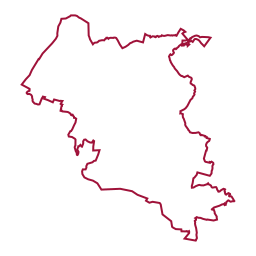 Sieu-Magherus, Bistrita-Nasaud, Romania (Mercator projection)
{"feature_id": "2599482B89364965460563", "entity_name": "Sieu-Magherus", "entity_type": "district", "adm_level": 2, "iso_a3": "ROU", "parent_name": "Romania", "parent_adm1": "Bistrita-Nasaud", "projection": "mercator", "projection_center": [24.401, 47.084], "detail": "fine", "context": "isolated", "style": "outline", "palette": "rose", "viewbox_px": 256, "rotation_deg": 0, "n_neighbors": 0, "source": "geoboundaries", "source_scale": "gbopen_adm2", "svg_char_len": 5754}
<svg xmlns="http://www.w3.org/2000/svg" viewBox="0 0 256 256"><path d="M181.3,229.4L181.5,231.3L185.5,231.4L186.5,231.1L187.1,231.2L187.4,231.7L188.2,231.6L189.0,231.1L189.2,231.7L189.1,233.1L184.6,238.6L195.7,240.6L195.9,240.5L196.0,239.6L196.7,238.7L196.9,238.0L196.4,234.8L196.8,232.7L196.1,228.0L195.3,225.3L195.0,223.5L195.2,222.2L194.8,221.1L194.8,220.7L195.8,220.1L196.0,219.7L196.0,218.6L195.3,218.1L196.8,217.1L198.0,217.7L200.6,217.9L203.1,218.9L206.8,219.8L207.2,219.5L213.6,220.5L217.0,219.6L216.7,217.8L216.7,216.5L214.7,213.3L214.7,212.2L213.8,209.7L212.1,209.6L211.9,209.3L214.0,207.5L219.5,205.7L222.3,204.3L223.0,204.3L223.9,203.9L224.4,204.4L224.7,205.1L225.8,204.7L225.4,203.4L225.9,203.5L226.2,203.2L226.4,202.0L228.2,200.4L228.6,200.4L230.1,201.5L230.7,201.7L232.7,201.2L234.0,201.3L234.3,201.0L233.8,200.4L233.5,199.6L231.6,196.6L231.1,196.3L229.5,196.4L229.1,196.1L229.1,195.7L229.3,194.9L230.1,194.3L230.0,193.9L228.5,193.1L227.3,193.7L226.3,194.6L225.6,194.4L224.9,192.8L225.0,191.9L224.5,191.0L224.7,190.1L225.1,189.4L224.8,189.2L223.5,188.8L221.2,190.1L219.6,191.5L218.6,191.7L218.2,191.5L218.1,190.8L217.3,189.9L216.6,187.8L216.1,187.1L215.3,187.1L212.6,187.6L212.0,187.4L211.5,186.9L211.0,185.6L209.2,184.4L208.3,184.3L208.0,183.4L206.9,184.3L203.5,185.4L201.0,185.3L199.4,184.9L198.4,185.1L195.7,186.2L193.6,187.5L191.9,187.7L191.8,186.0L192.6,183.3L193.4,178.3L194.4,177.6L196.7,174.8L197.4,172.4L209.8,175.8L211.5,173.5L211.7,170.8L212.2,169.8L212.5,168.2L212.4,166.0L212.9,164.9L213.4,164.4L213.4,163.9L213.2,162.8L211.6,161.7L211.2,162.1L209.8,161.9L209.8,162.8L205.5,161.8L204.9,161.3L203.9,158.6L206.1,150.5L206.6,150.5L207.2,148.0L207.2,147.5L206.2,146.3L206.1,145.8L206.1,144.5L206.7,143.1L207.5,142.1L209.2,140.9L209.7,139.6L209.8,138.9L206.7,138.0L206.9,137.2L205.0,136.6L205.2,136.0L201.2,134.8L201.1,135.2L200.7,135.2L200.1,134.5L199.6,133.1L198.5,132.3L195.7,132.9L192.5,133.0L190.0,132.3L189.1,130.6L188.4,130.1L188.1,129.3L185.6,125.8L185.2,124.8L185.3,123.2L183.7,118.6L183.1,117.7L182.9,117.2L182.7,115.1L182.9,114.2L180.9,113.3L180.3,113.4L180.5,112.0L180.4,111.2L184.2,109.3L185.7,108.1L187.4,105.9L190.5,99.9L192.3,98.3L192.9,96.6L193.9,95.5L194.5,94.5L194.1,93.3L195.1,91.6L194.4,90.4L195.2,89.4L195.3,88.7L195.1,87.6L194.4,85.8L193.8,85.3L192.7,85.0L191.5,83.9L190.7,83.5L190.6,83.1L190.6,82.2L191.7,79.5L191.8,79.0L191.5,78.1L191.1,77.7L189.0,76.8L187.8,75.6L184.2,77.2L182.1,76.0L181.4,76.0L179.7,74.7L178.7,73.5L177.2,71.2L174.7,68.4L174.2,67.2L172.8,65.5L170.8,62.2L170.6,61.2L170.0,60.4L169.5,57.8L169.0,56.6L169.7,55.1L170.4,54.3L171.3,55.1L172.2,54.8L173.6,53.4L173.9,52.5L173.3,51.6L173.1,50.6L173.1,50.2L173.8,49.3L174.9,48.6L175.6,48.6L176.0,49.1L176.3,48.9L177.3,47.7L178.3,47.1L179.0,46.0L181.2,44.3L181.5,44.3L181.8,45.6L183.9,45.5L184.2,44.8L185.9,44.3L187.4,45.0L187.8,45.3L187.8,45.8L189.2,44.5L188.7,44.2L188.6,42.5L188.9,41.9L189.7,41.0L190.2,41.4L191.2,40.9L192.7,41.9L194.3,39.5L195.0,39.0L195.7,39.0L196.5,39.1L198.3,39.9L199.4,40.8L201.3,43.4L201.8,43.8L204.2,46.3L210.5,37.7L208.3,37.2L202.0,36.9L200.0,37.3L198.8,36.2L197.4,35.7L196.4,35.5L195.0,35.8L192.1,37.1L190.8,38.7L190.3,38.3L188.3,40.8L187.7,42.6L182.6,44.4L181.9,43.9L182.3,43.3L182.5,40.5L185.6,40.5L187.7,39.8L182.4,33.6L183.5,32.6L185.3,31.8L183.7,30.4L180.7,28.8L178.5,32.2L176.5,35.8L176.1,35.7L175.4,35.0L174.8,35.3L172.9,35.3L172.3,35.6L171.5,35.3L170.7,35.5L167.7,35.1L164.6,35.9L162.9,35.8L161.8,35.3L161.1,36.2L159.7,36.3L158.8,36.9L157.7,35.9L156.5,36.2L156.3,36.7L155.6,37.2L154.8,36.9L154.6,36.5L152.5,36.3L150.4,37.5L150.2,37.3L150.3,36.7L150.0,35.8L148.8,35.8L147.0,35.2L145.2,34.0L143.0,42.4L136.8,40.7L134.9,41.2L133.2,41.7L131.7,42.6L130.1,43.2L128.3,44.9L125.5,46.8L122.4,48.2L119.9,44.6L117.7,40.3L116.2,38.0L115.1,37.6L113.9,37.6L113.5,37.9L110.5,37.8L109.2,38.1L108.7,38.6L108.5,38.2L107.7,38.4L107.4,38.3L107.1,37.7L106.3,37.8L106.2,38.4L105.8,38.8L104.9,39.2L104.3,40.3L102.0,40.2L99.1,40.8L97.8,42.0L96.9,42.5L94.8,42.7L93.9,43.2L92.9,44.3L90.1,39.5L89.2,36.7L88.7,35.6L88.4,23.2L80.7,18.3L79.2,17.7L76.9,15.9L75.1,15.4L70.9,15.4L70.1,16.2L65.8,18.5L61.4,18.8L60.4,22.6L58.3,26.4L57.3,33.3L57.4,35.8L55.9,38.7L52.1,43.4L42.6,53.5L39.1,59.2L38.6,59.0L31.9,70.0L29.6,75.2L25.7,79.4L21.7,84.6L29.5,88.8L29.4,89.7L29.6,89.8L29.5,90.8L27.6,91.5L26.7,92.6L26.8,93.4L27.8,94.1L29.4,93.9L31.1,94.8L31.8,95.8L32.1,96.7L32.1,97.7L32.7,99.8L32.5,100.7L32.9,101.8L33.7,102.4L34.2,103.2L35.0,103.7L36.1,103.8L38.0,104.5L39.5,104.3L41.8,98.4L42.1,98.4L42.9,96.6L45.0,97.1L44.2,98.8L47.9,100.1L52.8,102.3L54.1,99.5L59.8,101.0L60.4,100.8L62.4,101.0L60.7,103.8L62.1,104.5L61.5,104.9L62.0,105.5L62.0,106.0L61.4,106.7L60.8,109.5L61.0,109.5L60.6,110.8L60.9,110.9L61.1,110.5L61.9,110.7L62.4,111.4L67.2,111.9L68.3,112.2L70.3,113.5L70.9,114.8L71.3,115.1L72.2,115.4L72.2,114.7L72.6,114.7L73.5,116.2L74.0,116.7L74.0,117.8L75.2,118.0L76.2,118.7L75.5,122.5L74.1,125.2L72.3,129.2L71.1,131.1L70.3,131.2L68.3,134.7L68.8,136.5L72.0,137.0L74.8,138.7L75.5,139.5L75.4,145.7L74.9,146.3L74.7,147.5L75.8,151.3L76.8,152.9L76.7,153.7L76.9,154.8L77.5,155.0L78.2,153.8L78.4,152.8L78.5,151.8L77.4,149.9L77.4,149.1L78.3,146.5L78.6,146.7L80.4,144.9L81.6,146.6L82.0,146.7L83.1,143.8L83.3,142.9L83.1,141.9L83.4,140.9L84.2,139.7L85.6,139.5L87.5,141.3L90.1,142.5L91.9,142.6L93.3,140.5L94.1,141.1L93.3,146.4L93.2,150.5L99.5,150.2L98.2,154.5L95.7,160.6L94.0,160.9L92.4,162.3L87.4,163.8L86.3,166.2L86.4,167.6L85.6,169.4L82.8,169.4L82.1,171.3L82.4,174.1L84.4,177.4L88.2,179.3L92.9,180.6L97.4,183.3L101.4,189.6L120.2,188.8L132.1,191.2L137.5,194.8L147.3,198.5L146.0,200.7L149.4,202.7L152.6,201.8L159.7,203.0L160.7,204.4L162.5,214.4L171.2,221.2L172.1,226.8L173.2,227.7L175.8,229.1L181.3,229.4Z" fill="none" stroke="#9f1239" stroke-width="2"/></svg>